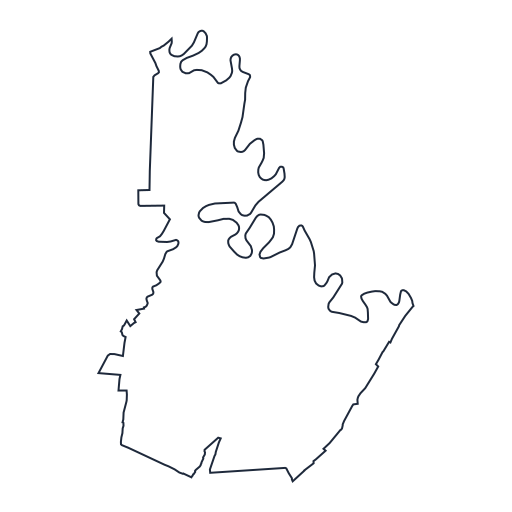 outline of Victoria, Iasi, Romania
{"feature_id": "2599482B79977149593051", "entity_name": "Victoria", "entity_type": "district", "adm_level": 2, "iso_a3": "ROU", "parent_name": "Romania", "parent_adm1": "Iasi", "projection": "mercator", "projection_center": [27.595, 47.318], "detail": "fine", "context": "isolated", "style": "outline", "palette": "slate", "viewbox_px": 512, "rotation_deg": 0, "n_neighbors": 0, "source": "geoboundaries", "source_scale": "gbopen_adm2", "svg_char_len": 6031}
<svg xmlns="http://www.w3.org/2000/svg" viewBox="0 0 512 512"><path d="M292.7,481.3L304.4,470.6L304.3,470.4L313.6,463.3L313.5,461.1L315.7,459.5L325.6,450.7L323.5,448.8L329.6,443.1L340.4,430.0L341.0,429.8L342.0,428.5L342.7,425.4L342.7,424.4L344.1,421.0L352.2,406.0L353.3,404.4L357.7,403.8L357.4,399.8L357.8,397.9L358.4,396.3L360.5,393.2L365.2,388.2L374.2,373.7L378.2,366.5L375.9,364.2L378.6,359.6L382.6,352.0L383.3,351.4L389.1,341.8L390.4,342.5L391.9,338.9L398.9,326.3L399.2,325.1L405.3,315.8L412.6,306.8L413.5,306.0L412.5,303.1L412.2,300.9L411.0,298.0L408.6,293.9L406.2,291.4L403.8,290.2L402.6,290.2L401.6,290.6L401.0,291.2L400.2,294.5L399.3,301.0L398.9,302.5L397.8,304.2L396.6,305.0L394.9,304.9L393.6,304.4L391.2,302.6L390.4,301.8L387.0,295.7L385.3,293.8L382.2,291.8L379.8,291.3L375.3,291.1L371.8,291.6L367.3,292.6L364.2,293.7L361.7,295.3L361.3,295.8L361.1,296.5L361.5,298.6L362.9,301.1L365.4,304.6L367.0,307.2L367.6,308.9L367.9,312.6L368.1,319.0L367.5,321.1L366.9,321.8L366.1,322.2L363.6,322.2L361.0,321.6L355.1,317.6L351.0,315.9L339.2,313.0L331.9,311.8L330.8,311.3L329.9,310.6L328.5,308.7L328.2,307.0L328.6,303.9L329.3,302.4L333.3,297.4L342.0,283.7L342.3,282.5L342.1,279.5L341.9,278.3L340.2,275.5L338.1,274.0L335.5,273.4L332.0,274.5L329.1,277.2L327.3,281.5L326.4,283.0L324.4,285.5L323.5,286.1L321.4,286.4L320.2,286.1L318.6,285.5L316.1,283.5L314.6,280.6L314.1,277.2L314.3,272.7L315.0,265.4L314.1,253.7L313.7,251.1L310.9,242.1L309.6,239.2L304.6,230.5L302.9,226.7L302.3,225.9L301.2,225.4L299.4,225.7L298.0,227.1L297.3,228.6L292.1,244.2L290.3,247.3L288.4,248.9L285.5,250.3L279.7,252.5L270.5,257.1L268.9,257.6L263.5,258.5L260.8,257.9L260.1,257.0L259.5,254.5L260.5,251.7L263.2,248.2L269.0,242.4L271.2,239.6L272.9,237.2L274.0,233.7L274.1,229.7L273.8,226.4L272.5,222.6L270.8,219.6L268.8,217.2L266.2,215.7L264.3,214.9L260.6,214.5L259.1,214.8L257.4,215.9L255.9,217.6L249.7,227.8L245.8,233.5L245.3,235.3L245.5,238.2L246.4,240.3L250.8,246.1L252.0,250.1L252.0,251.3L251.8,252.9L251.3,254.1L250.3,255.9L248.2,257.3L245.9,257.8L242.5,257.3L239.6,256.2L237.1,254.6L234.1,251.6L229.6,246.5L228.8,244.8L228.3,243.3L228.2,242.0L228.2,240.6L228.7,239.3L229.7,238.0L231.0,236.8L235.4,234.5L236.9,233.3L238.2,231.6L238.9,230.0L239.1,228.4L239.0,226.9L238.5,225.4L236.6,222.7L232.9,219.9L229.3,218.8L223.4,218.9L217.9,220.3L208.7,222.1L205.1,222.0L203.3,221.5L201.6,220.7L199.2,217.9L198.7,216.7L198.5,215.3L199.1,212.6L199.8,211.3L203.0,208.0L206.1,206.1L209.0,204.9L214.9,203.5L233.9,202.6L234.7,202.8L235.7,203.7L237.2,207.1L238.6,211.5L240.8,214.2L242.1,215.1L244.4,215.7L247.0,215.6L250.0,214.0L251.0,212.8L255.4,205.4L258.6,201.7L282.3,181.7L283.7,180.2L284.4,178.8L284.7,177.1L284.5,173.7L283.7,168.8L283.3,167.5L282.4,166.9L281.3,166.7L280.2,166.8L279.1,167.9L275.8,174.3L274.1,176.2L271.4,178.4L268.6,179.7L266.4,180.2L264.7,180.1L262.8,179.6L261.2,178.5L259.8,177.1L258.7,174.9L258.2,172.4L258.3,169.6L258.8,167.5L261.5,162.8L262.7,160.4L263.7,157.9L264.1,153.2L263.4,144.7L262.7,141.2L262.2,140.3L260.1,138.8L257.7,138.7L256.6,139.0L254.5,140.2L249.9,143.8L245.0,150.1L243.7,151.2L242.3,151.8L240.9,152.0L238.0,151.5L237.0,150.9L234.8,148.0L233.9,144.7L233.9,141.5L234.9,137.9L238.4,130.7L241.0,122.6L242.5,117.1L244.4,103.6L245.1,99.7L245.2,93.0L245.8,87.6L248.0,81.2L250.1,77.2L250.1,76.1L249.8,75.0L248.7,74.2L242.7,71.9L241.1,70.9L240.2,69.7L239.5,68.1L239.4,66.1L239.9,60.3L239.9,58.5L239.5,56.9L238.8,55.7L237.9,54.9L236.8,54.4L235.5,54.3L233.9,54.7L232.5,55.6L231.2,57.1L230.6,58.9L230.5,60.4L232.0,68.6L232.2,71.0L231.9,72.8L230.6,76.0L229.4,77.6L226.2,80.4L220.9,83.3L218.8,83.3L217.9,82.9L213.4,76.9L210.9,74.8L207.4,72.4L201.7,70.2L196.7,69.9L194.0,70.3L189.0,73.2L185.8,73.3L182.4,71.8L180.7,69.4L180.3,67.9L180.2,66.2L180.4,63.9L181.2,61.7L182.7,60.2L186.8,57.9L193.1,55.6L198.6,53.0L201.8,50.8L204.4,48.2L205.6,46.6L206.5,44.3L206.9,41.4L207.0,37.9L206.9,36.1L205.6,33.3L203.7,31.3L202.7,30.8L201.5,30.7L200.1,31.1L198.6,32.0L197.8,33.2L193.9,42.4L191.9,45.7L183.8,54.0L181.8,55.4L180.0,56.2L177.8,56.5L174.3,56.2L171.3,54.8L170.2,53.6L169.6,52.3L169.4,50.9L169.4,49.3L169.7,47.9L171.6,43.3L171.8,41.8L171.6,38.7L168.5,41.7L163.7,45.6L161.5,46.7L159.8,48.1L150.2,51.8L150.3,53.4L155.4,63.1L156.4,66.0L158.8,70.9L158.9,72.3L158.1,73.2L154.6,75.3L153.3,76.9L149.8,170.7L149.5,190.0L138.3,190.3L138.4,204.1L139.0,205.3L140.3,205.9L164.2,205.6L164.0,212.9L169.9,219.3L163.7,231.0L161.9,233.9L160.0,236.3L157.0,238.0L156.4,238.6L156.1,240.1L156.7,241.0L158.6,241.7L167.0,242.0L170.6,241.5L176.0,239.9L176.7,240.1L177.9,240.9L178.3,241.5L178.5,242.9L178.2,244.2L177.3,246.1L176.1,247.3L173.1,249.2L167.3,251.3L166.6,251.9L165.3,254.1L164.0,258.5L162.7,261.6L157.3,270.1L156.7,271.7L156.6,272.5L156.9,275.7L160.1,280.1L160.5,280.9L160.6,281.6L160.4,282.2L158.8,283.6L156.3,285.3L153.0,286.6L152.4,287.4L152.3,288.9L153.4,292.1L153.3,293.2L153.1,293.8L152.2,294.7L147.7,296.6L146.8,297.4L146.4,298.8L146.8,300.6L147.7,303.0L147.6,303.6L146.7,305.7L145.6,306.8L143.9,307.4L144.1,308.6L136.5,310.0L139.3,313.5L134.1,319.2L135.6,322.2L134.0,323.0L130.3,326.1L126.7,320.5L124.4,324.8L123.7,325.7L122.7,326.3L122.0,329.1L120.8,331.4L121.4,331.7L121.9,332.6L122.4,334.8L122.6,335.2L123.5,336.0L125.6,337.0L124.5,342.8L122.9,356.0L114.5,354.1L110.1,354.0L107.8,355.6L98.5,373.1L120.4,374.9L119.5,379.0L118.5,390.5L126.6,390.5L126.9,394.6L126.7,400.2L126.4,401.8L123.6,412.5L123.3,419.4L122.6,422.1L122.9,422.1L123.4,422.8L123.5,425.8L122.7,428.3L122.4,433.2L121.4,437.3L120.9,441.9L121.0,444.3L121.8,445.1L128.8,448.0L164.7,464.8L168.5,466.3L174.7,469.4L179.3,472.5L182.9,473.8L183.3,473.5L191.4,477.3L191.7,476.6L192.5,475.8L193.2,474.3L193.7,474.1L195.2,471.9L195.0,471.0L195.7,470.0L199.8,466.5L200.7,465.1L200.8,464.3L201.3,463.6L201.5,462.4L203.3,458.6L203.1,457.4L204.8,454.5L205.0,452.3L204.5,451.3L204.6,449.8L218.2,437.7L220.7,438.4L218.9,442.4L215.8,451.9L215.4,454.4L214.5,456.0L209.9,469.5L210.2,472.8L285.1,467.9L286.3,468.4L288.8,473.3L291.9,478.2L291.9,479.5L292.7,481.3Z" fill="none" stroke="#1e293b" stroke-width="2"/></svg>